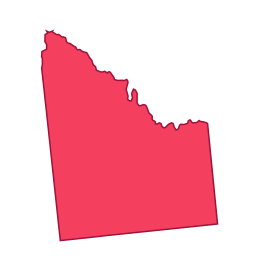 outline of Val Verde, Texas, United States of America, rotated 174°
{"feature_id": "52423323B42666839171000", "entity_name": "Val Verde", "entity_type": "district", "adm_level": 2, "iso_a3": "USA", "parent_name": "United States of America", "parent_adm1": "Texas", "projection": "equal_earth", "projection_center": [-101.192, 29.763], "detail": "fine", "context": "isolated", "style": "filled", "palette": "rose", "viewbox_px": 256, "rotation_deg": 174, "n_neighbors": 0, "source": "geoboundaries", "source_scale": "gbopen_adm2", "svg_char_len": 1575}
<svg xmlns="http://www.w3.org/2000/svg" viewBox="0 0 256 256"><g transform="rotate(174 128 128)"><path d="M168.2,23.2L166.5,23.2L161.6,23.3L49.0,23.2L48.4,124.0L49.4,125.0L52.3,126.2L55.4,127.0L56.5,128.0L59.0,126.3L63.2,126.3L64.3,127.5L64.7,128.7L65.6,129.6L67.3,128.8L68.0,126.8L68.6,126.3L72.0,125.6L75.1,126.2L76.2,125.6L78.3,121.6L80.5,121.1L81.9,123.9L82.6,127.6L84.1,128.6L87.0,127.6L91.2,124.4L92.4,124.5L94.2,126.1L94.5,128.6L95.5,129.5L96.3,129.8L98.8,128.9L100.2,129.2L100.1,131.2L101.0,132.2L102.4,132.9L102.9,133.7L103.0,135.1L102.7,137.1L102.9,137.7L105.6,140.8L107.4,147.7L108.2,148.9L109.9,149.6L113.7,148.9L115.0,149.4L115.8,150.8L116.3,152.4L115.3,161.4L116.6,164.9L118.5,166.1L120.8,161.8L120.4,157.5L122.1,154.5L124.6,155.4L125.3,156.9L124.6,159.7L125.8,166.7L123.3,173.1L123.3,174.5L124.2,176.4L127.1,175.5L128.3,176.0L133.5,176.4L136.4,177.6L136.7,179.7L139.7,185.1L140.8,185.9L141.8,185.8L142.9,184.8L145.1,186.8L146.9,186.4L149.4,186.6L153.4,188.8L153.9,192.4L155.9,194.5L156.8,197.6L156.7,198.4L157.0,199.3L158.8,201.8L160.9,206.8L161.8,207.6L163.1,207.8L166.5,209.6L166.7,210.3L167.8,211.1L170.1,211.1L171.0,212.1L171.4,213.9L173.5,215.2L176.7,218.1L179.4,219.0L180.2,220.7L180.6,224.1L181.1,224.6L182.8,225.3L184.0,225.4L185.2,226.3L186.6,227.9L187.4,228.3L189.0,228.2L192.8,231.2L193.3,232.1L193.2,232.2L196.3,231.4L198.8,232.9L198.0,230.8L200.7,229.6L201.6,222.5L200.2,219.5L200.7,214.9L205.6,213.0L206.5,207.7L205.9,206.6L206.5,200.2L207.6,196.6L207.4,155.7L207.1,23.1L168.2,23.2Z" fill="#f43f5e" stroke="#9f1239" stroke-width="1.5"/></g></svg>